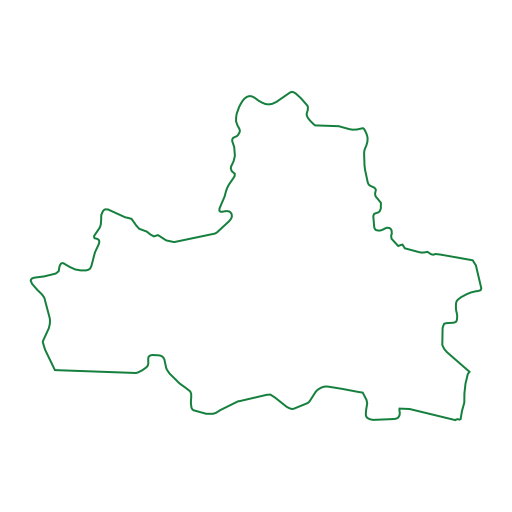 outline of Samarkand
{"feature_id": "UZB-358", "entity_name": "Samarkand", "entity_type": "Region", "adm_level": 1, "iso_a3": "UZB", "parent_name": "Uzbekistan", "parent_adm1": "", "projection": "albers", "projection_center": [66.398, 39.959], "detail": "fine", "context": "isolated", "style": "outline", "palette": "green", "viewbox_px": 512, "rotation_deg": 0, "n_neighbors": 0, "source": "natural_earth", "source_scale": "10m", "svg_char_len": 4184}
<svg xmlns="http://www.w3.org/2000/svg" viewBox="0 0 512 512"><path d="M469.5,371.8L467.8,374.1L465.5,383.6L464.4,393.5L464.3,402.6L462.0,410.9L460.6,419.1L459.4,419.6L457.6,419.1L455.6,419.8L455.3,420.1L409.6,409.0L399.5,408.6L399.4,409.9L399.7,412.3L399.8,413.5L399.6,414.8L399.2,416.0L398.5,417.1L397.6,418.0L396.6,418.5L394.3,419.0L373.2,419.9L370.5,419.4L369.1,418.9L367.8,418.2L366.8,417.4L366.0,415.9L365.8,413.9L366.1,410.1L367.2,403.3L366.5,399.9L362.7,392.6L358.6,392.0L342.4,388.9L327.4,386.5L324.9,386.5L321.5,387.5L318.5,389.2L316.9,390.5L315.7,391.8L309.6,401.3L307.8,403.0L293.6,408.8L292.0,409.0L289.5,408.3L286.5,406.7L275.2,397.7L270.4,394.6L266.8,394.8L239.3,401.2L238.3,401.2L220.1,410.2L216.1,412.8L213.1,413.8L206.3,413.8L193.6,410.3L192.4,409.4L191.5,407.8L191.1,405.0L190.9,403.2L190.9,401.5L191.2,397.6L191.2,393.9L190.6,392.3L190.0,391.2L185.2,387.5L179.6,383.5L169.7,373.7L167.7,370.9L166.6,369.1L166.6,368.9L166.1,367.6L164.4,359.6L163.9,358.5L163.2,357.5L162.4,356.7L161.4,356.0L160.2,355.6L158.4,355.3L152.4,355.0L150.4,355.4L148.8,356.5L148.4,357.7L148.2,359.0L148.3,362.8L148.2,364.0L147.9,365.2L147.3,366.3L146.4,367.3L142.4,370.2L138.3,372.3L136.1,373.0L54.9,370.1L45.1,349.7L42.8,342.3L43.0,340.9L48.8,328.3L49.3,326.3L49.8,324.0L50.0,320.4L49.8,318.5L44.3,297.7L42.7,295.4L41.4,293.8L37.7,290.3L32.1,283.9L30.7,280.7L31.1,279.5L31.9,278.6L33.1,278.0L34.8,277.6L44.2,276.4L55.6,273.6L57.1,272.5L58.7,271.1L59.4,266.9L59.9,265.4L60.9,263.7L62.1,263.1L63.5,263.3L69.8,267.0L75.4,269.5L80.7,270.4L86.1,270.4L88.5,269.7L90.2,268.5L91.5,265.6L94.8,252.9L95.4,251.4L98.4,245.0L99.1,243.0L99.3,241.6L99.1,240.5L98.3,239.5L97.2,238.9L96.0,238.5L94.7,238.3L94.1,237.4L94.2,235.8L99.1,228.6L99.8,227.5L100.1,226.7L100.5,225.5L100.8,224.3L101.2,219.3L101.2,216.2L101.3,215.0L101.9,213.4L103.0,211.1L104.1,209.9L105.4,209.3L108.1,209.5L125.2,217.3L129.0,218.1L129.6,218.4L131.5,218.8L136.3,225.6L139.2,228.8L146.8,231.6L150.4,234.5L154.0,236.4L158.0,235.1L166.2,240.4L174.1,242.1L214.8,233.6L216.9,232.5L229.1,221.2L230.8,219.1L231.8,217.1L231.8,215.1L231.4,213.6L230.2,212.1L228.9,211.4L227.1,211.1L225.4,211.2L221.9,211.8L220.5,211.7L219.7,211.2L219.3,209.9L219.7,208.0L224.6,196.5L226.1,190.9L227.3,187.7L228.9,184.6L233.6,177.8L234.6,176.1L234.8,173.8L231.9,171.3L231.3,170.1L230.8,168.3L231.0,166.7L233.6,161.2L234.9,155.8L234.2,147.0L232.2,141.1L232.3,139.3L233.2,137.8L236.9,136.1L238.2,134.8L239.7,132.0L239.8,130.1L239.0,128.1L237.7,125.9L236.1,121.6L236.1,117.6L236.7,113.7L239.1,107.0L240.7,103.9L242.4,101.1L244.5,98.6L246.8,96.9L249.3,96.1L252.0,96.4L254.7,97.8L258.6,100.7L262.0,102.6L265.3,104.0L268.4,104.4L272.1,103.9L276.4,101.9L289.9,92.6L291.7,91.9L293.4,92.2L295.5,93.3L300.7,98.0L307.1,105.3L307.7,106.3L307.9,107.4L307.8,109.8L306.7,113.7L306.7,114.8L306.9,115.7L307.3,116.7L307.9,117.9L310.1,120.7L313.7,124.3L315.2,125.4L338.8,126.2L346.6,128.4L349.6,129.2L352.7,129.7L356.9,129.5L361.9,128.4L363.0,128.2L364.0,129.0L365.0,130.5L366.4,133.6L367.2,136.0L367.6,138.3L367.4,141.7L366.4,145.3L364.8,149.1L364.4,150.5L364.2,152.1L364.1,153.8L364.5,165.3L365.0,169.5L367.7,182.2L368.2,183.5L368.8,184.7L370.3,185.8L374.2,187.6L375.1,188.5L375.8,189.6L375.6,191.3L375.2,192.7L375.1,194.5L375.7,196.5L380.9,202.8L380.8,208.5L380.0,210.7L379.4,211.5L378.5,212.3L375.0,213.5L374.0,214.1L373.5,215.3L373.3,216.6L374.3,227.7L374.9,228.9L375.8,230.0L377.9,230.5L379.5,230.6L381.0,230.3L382.2,229.9L385.8,228.1L386.7,227.8L387.9,227.8L389.4,228.0L390.7,228.9L391.6,230.5L391.8,233.8L391.2,235.4L391.3,237.5L391.6,238.8L398.2,246.0L400.8,245.0L401.6,244.9L402.5,244.6L404.8,248.3L419.7,252.3L421.8,252.6L424.9,252.4L426.2,252.0L427.5,251.9L430.5,253.9L431.9,254.5L433.6,254.7L435.4,254.0L439.9,254.5L472.7,260.3L475.9,265.4L481.3,288.3L480.6,290.2L477.7,291.1L476.2,291.2L471.1,292.4L467.1,294.0L461.2,297.1L458.3,299.3L456.8,300.9L456.4,301.9L456.0,303.7L455.9,307.3L456.0,309.4L456.3,311.1L456.6,312.4L457.1,314.9L457.2,316.3L457.0,319.2L456.6,320.8L455.8,321.9L454.1,322.6L452.6,322.8L446.8,323.1L444.2,323.7L443.2,326.0L442.6,328.0L442.3,345.0L444.3,349.1L447.0,352.2L455.0,359.2L469.5,371.8Z" fill="none" stroke="#15803d" stroke-width="2"/></svg>